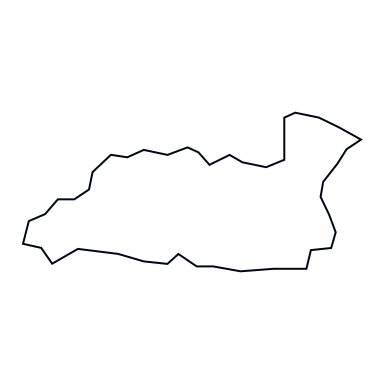 map outline of Lipljan (orthographic projection)
{"feature_id": "KOS-5903", "entity_name": "Lipljan", "entity_type": "District", "adm_level": 1, "iso_a3": "XKX", "parent_name": "Kosovo", "parent_adm1": "", "projection": "orthographic", "projection_center": [21.101, 42.527], "detail": "fine", "context": "isolated", "style": "outline", "palette": "ink", "viewbox_px": 384, "rotation_deg": 0, "n_neighbors": 0, "source": "natural_earth", "source_scale": "10m", "svg_char_len": 667}
<svg xmlns="http://www.w3.org/2000/svg" viewBox="0 0 384 384"><path d="M28.8,221.1L45.1,214.1L57.9,199.3L74.3,199.3L89.0,189.5L92.6,172.1L110.9,154.8L127.3,157.3L143.8,149.9L167.5,154.9L187.6,147.4L198.5,152.4L209.5,164.8L229.6,154.9L242.4,162.3L266.1,167.2L284.3,159.8L284.3,139.9L284.3,117.6L295.2,112.7L318.9,117.6L339.0,127.4L361.0,139.6L346.6,149.2L337.5,163.6L323.2,181.8L320.6,196.9L329.1,214.6L335.7,232.3L331.2,248.0L310.9,250.1L306.4,268.8L273.5,268.8L240.6,271.3L213.2,266.4L196.7,266.4L178.4,254.0L167.4,263.9L143.7,261.4L118.1,253.9L98.0,251.4L77.9,248.9L52.2,263.7L41.2,247.9L23.0,243.8L28.8,221.1Z" fill="none" stroke="#020617" stroke-width="2"/></svg>